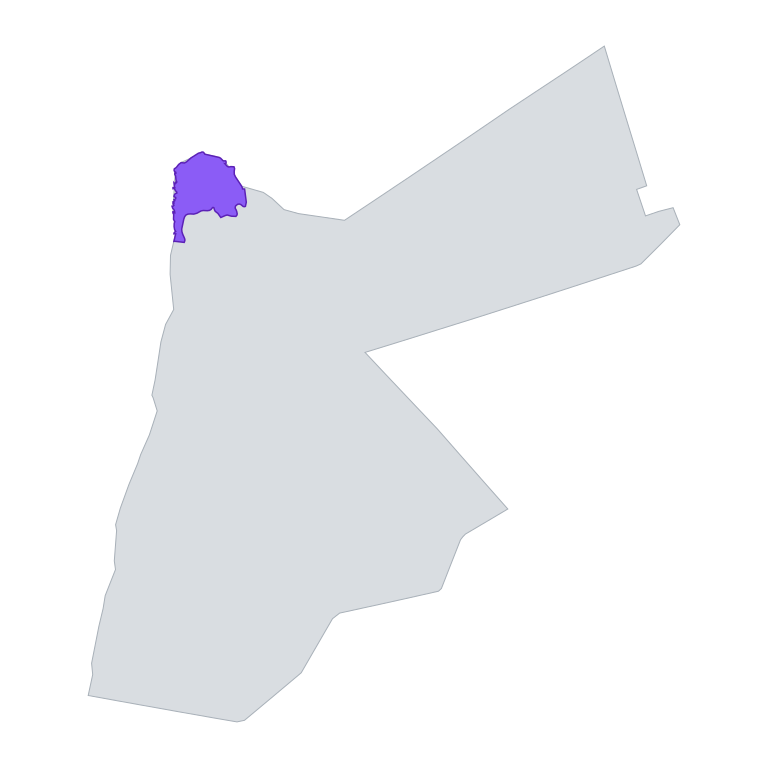 location of Irbid within Jordan
{"feature_id": "JOR-854", "entity_name": "Irbid", "entity_type": "Province", "adm_level": 1, "iso_a3": "JOR", "parent_name": "Jordan", "parent_adm1": "", "projection": "orthographic", "projection_center": [35.72, 32.466], "detail": "fine", "context": "in_parent", "style": "filled", "palette": "violet", "viewbox_px": 768, "rotation_deg": 0, "n_neighbors": 0, "source": "natural_earth", "source_scale": "10m", "svg_char_len": 3234}
<svg xmlns="http://www.w3.org/2000/svg" viewBox="0 0 768 768"><path d="M204.8,154.1L219.3,157.5L227.6,165.0L241.6,186.2L263.3,192.4L272.0,198.4L284.0,209.6L298.5,213.6L344.5,220.3L380.8,196.1L411.4,175.6L446.1,152.2L469.6,136.3L509.6,109.0L535.9,91.6L570.4,68.8L604.3,46.1L614.9,81.3L625.3,115.6L636.2,151.2L646.7,185.8L636.6,189.4L645.5,215.9L658.7,211.4L673.1,207.7L679.8,224.7L660.4,244.5L640.9,263.9L636.3,266.0L610.3,274.5L557.2,291.8L521.5,303.3L475.8,317.9L437.7,329.8L400.0,341.6L365.0,352.4L385.3,374.0L416.5,407.0L437.3,428.9L462.1,457.2L484.2,482.3L507.8,509.0L491.8,518.5L465.4,534.1L462.7,536.9L460.5,539.8L449.8,567.0L441.4,588.5L438.5,591.2L401.2,599.6L363.4,607.9L339.6,613.1L332.5,618.7L317.1,645.3L301.2,672.8L274.3,695.4L244.5,720.3L237.0,721.9L215.3,718.2L178.3,711.7L142.5,705.3L118.0,700.9L88.2,695.5L92.7,674.6L91.6,663.3L98.9,626.2L103.1,608.6L105.2,595.6L115.5,569.5L114.3,560.9L116.6,530.6L115.6,524.7L120.3,508.3L129.0,484.3L137.6,463.7L140.7,454.5L149.4,434.9L157.2,410.9L153.1,397.7L151.9,395.2L155.1,380.0L158.9,355.3L160.9,342.0L165.6,324.4L173.7,309.5L170.1,274.3L170.5,255.4L175.6,233.7L172.9,208.5L175.3,172.5L175.8,169.1L178.8,164.8L181.0,162.5L197.6,155.0L204.8,154.1Z" fill="#d9dde1" stroke="#a8b0b8" stroke-width="1"/><path d="M176.0,183.0L176.2,182.9L176.8,182.0L176.0,180.1L175.6,175.9L174.8,174.5L174.8,173.3L175.8,173.3L175.8,172.3L174.6,171.6L174.1,170.5L174.2,169.1L174.5,168.6L175.4,168.2L176.6,167.1L178.7,164.4L181.2,162.6L184.4,163.0L186.5,161.9L191.0,157.9L198.4,153.2L200.7,152.6L200.8,152.6L201.6,152.1L202.4,152.0L203.1,152.1L203.7,152.5L204.9,154.2L219.4,157.5L220.7,158.3L223.0,160.7L223.7,160.9L225.4,160.8L225.9,161.1L226.1,162.2L226.0,163.2L225.5,163.9L225.0,163.8L226.3,165.3L227.5,166.5L228.9,167.0L230.8,166.6L234.0,166.8L234.6,168.6L234.2,171.4L234.3,174.4L235.6,177.1L241.7,186.3L242.5,188.2L242.5,188.9L243.0,189.0L244.6,189.0L246.3,202.2L245.4,206.4L244.4,206.7L243.2,206.5L240.8,204.5L239.2,204.0L237.6,204.3L235.6,205.9L235.2,207.2L235.3,208.5L236.1,209.8L236.7,211.4L237.2,213.8L237.0,215.0L235.9,216.4L231.4,216.2L227.2,215.0L225.4,215.5L220.8,217.5L217.9,213.4L215.2,211.3L214.5,209.9L213.9,207.8L213.0,207.4L212.1,208.1L211.1,209.4L209.5,210.4L207.3,210.7L203.3,210.5L201.1,210.9L197.0,213.2L193.8,214.1L190.3,213.9L188.0,214.1L186.1,214.9L184.7,216.6L183.8,219.1L181.7,229.1L181.9,231.6L182.7,234.2L184.6,238.5L184.9,239.9L184.8,240.8L184.2,242.4L174.8,241.3L173.9,241.4L175.7,233.8L173.9,233.8L174.1,232.9L174.5,232.3L175.0,231.9L175.7,231.5L174.6,229.6L174.1,226.6L174.2,223.5L174.8,221.6L173.5,219.3L173.7,214.5L172.9,212.9L172.9,211.8L174.0,211.8L173.9,212.9L174.8,212.9L174.6,211.4L174.2,210.2L173.6,209.2L172.9,208.5L172.6,208.0L172.0,206.2L173.3,206.0L173.9,205.5L173.8,204.9L173.0,204.0L173.0,203.0L174.0,203.0L173.8,202.3L173.5,202.2L173.3,202.2L173.0,201.9L174.8,200.7L174.0,199.7L174.9,199.2L175.7,198.7L175.7,197.5L175.1,197.3L174.8,197.1L174.5,196.8L174.0,196.5L174.2,195.4L174.7,194.3L175.5,193.5L176.8,193.1L176.8,192.1L175.5,190.8L175.2,190.1L174.3,188.6L173.7,188.6L173.0,188.7L173.0,187.6L174.8,187.6L174.4,186.6L174.0,183.2L174.8,184.3L175.4,182.6L175.8,182.0L175.9,182.6L176.0,183.0Z" fill="#8b5cf6" stroke="#5b21b6" stroke-width="1.5"/></svg>